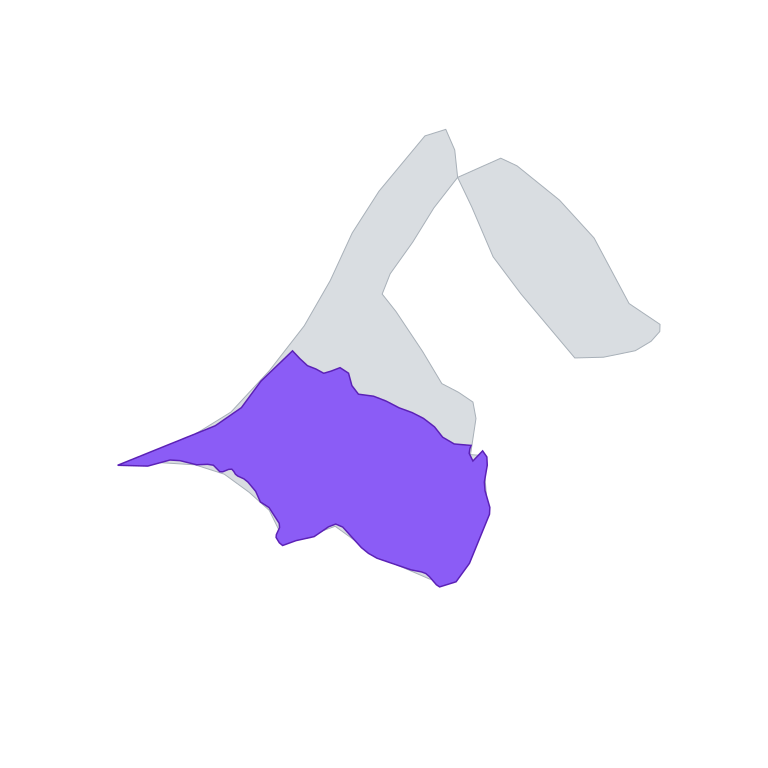 Belait on a map of Brunei (orthographic projection), rotated 336°
{"feature_id": "BRN-1181", "entity_name": "Belait", "entity_type": "District", "adm_level": 1, "iso_a3": "BRN", "parent_name": "Brunei", "parent_adm1": "", "projection": "orthographic", "projection_center": [114.479, 4.349], "detail": "fine", "context": "in_parent", "style": "filled", "palette": "violet", "viewbox_px": 768, "rotation_deg": 336, "n_neighbors": 0, "source": "natural_earth", "source_scale": "10m", "svg_char_len": 1806}
<svg xmlns="http://www.w3.org/2000/svg" viewBox="0 0 768 768"><g transform="rotate(336 384 384)"><path d="M535.3,225.2L501.2,243.4L467.9,266.1L434.5,285.8L418.9,301.1L424.4,322.6L432.5,370.0L437.0,407.2L448.7,421.9L457.9,436.7L454.0,452.9L434.3,483.7L445.5,489.7L431.2,530.5L409.9,560.6L380.4,585.2L361.3,591.0L346.1,580.5L321.3,553.5L294.2,516.0L281.5,494.1L242.5,491.2L228.6,473.9L227.8,452.8L216.7,428.0L201.4,401.4L178.4,380.9L147.7,364.9L134.7,353.4L182.2,354.2L232.7,347.4L284.7,325.2L334.8,298.4L376.9,267.7L416.4,233.1L457.9,205.8L522.3,174.0L544.0,176.5L543.8,199.0L535.3,225.2ZM582.5,225.2L594.3,238.9L619.1,287.4L635.3,336.1L640.6,410.2L660.4,441.8L657.3,448.2L645.4,453.6L627.1,455.8L595.4,448.8L568.9,437.8L545.8,357.6L535.4,312.2L536.2,258.0L535.3,225.2L582.5,225.2Z" fill="#d9dde1" stroke="#a8b0b8" stroke-width="1"/><path d="M258.1,495.0L239.9,491.3L225.7,490.3L223.8,486.5L223.0,480.3L224.4,477.8L230.2,472.7L231.6,468.7L228.7,450.1L223.1,441.5L223.1,429.9L219.8,418.2L217.4,413.6L213.0,408.7L211.6,406.0L211.2,402.7L210.3,399.9L207.3,398.8L200.9,398.6L198.3,397.3L195.1,388.8L190.2,385.6L180.0,381.6L166.4,371.0L157.6,366.4L134.8,362.9L107.6,349.9L212.9,353.5L244.1,347.6L272.8,331.3L313.9,316.5L317.4,326.5L321.5,336.1L327.9,342.6L333.3,349.7L340.9,350.7L350.5,351.2L356.0,359.7L354.0,372.4L356.5,382.9L369.5,390.9L379.0,400.5L388.0,411.8L398.1,421.6L406.1,431.5L412.7,443.7L415.9,456.4L423.7,467.3L437.6,475.0L438.6,475.5L436.1,478.1L433.6,482.0L433.9,490.5L446.9,485.2L448.3,492.5L445.3,500.2L435.8,514.4L432.9,522.5L430.5,539.8L427.4,545.9L389.1,582.6L369.4,594.0L352.3,592.0L350.2,588.7L347.1,578.4L345.1,574.1L341.8,570.9L333.0,564.7L306.8,540.4L300.9,532.4L296.8,524.3L288.1,497.9L282.9,492.3L275.2,491.9L258.1,495.0Z" fill="#8b5cf6" stroke="#5b21b6" stroke-width="1.5"/></g></svg>